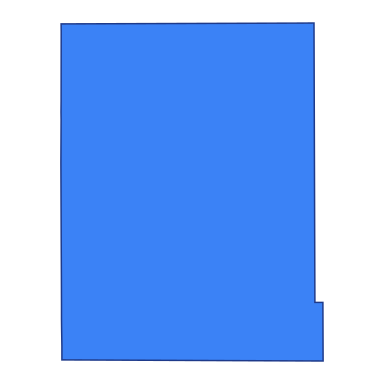 the district of Hamilton, Kansas, United States of America
{"feature_id": "52423323B73588263227538", "entity_name": "Hamilton", "entity_type": "district", "adm_level": 2, "iso_a3": "USA", "parent_name": "United States of America", "parent_adm1": "Kansas", "projection": "orthographic", "projection_center": [-101.918, 38.0], "detail": "fine", "context": "isolated", "style": "filled", "palette": "blue", "viewbox_px": 384, "rotation_deg": 0, "n_neighbors": 0, "source": "geoboundaries", "source_scale": "gbopen_adm2", "svg_char_len": 353}
<svg xmlns="http://www.w3.org/2000/svg" viewBox="0 0 384 384"><path d="M61.9,359.9L323.1,361.0L322.9,302.4L314.9,302.4L314.0,23.0L301.4,23.1L61.1,23.9L61.2,31.8L61.1,101.3L61.0,112.0L61.1,119.7L60.9,163.0L61.2,238.3L61.2,239.6L61.4,276.9L61.5,305.0L61.5,318.2L61.6,327.7L61.9,346.0L61.9,359.9Z" fill="#3b82f6" stroke="#1e3a8a" stroke-width="1.5"/></svg>